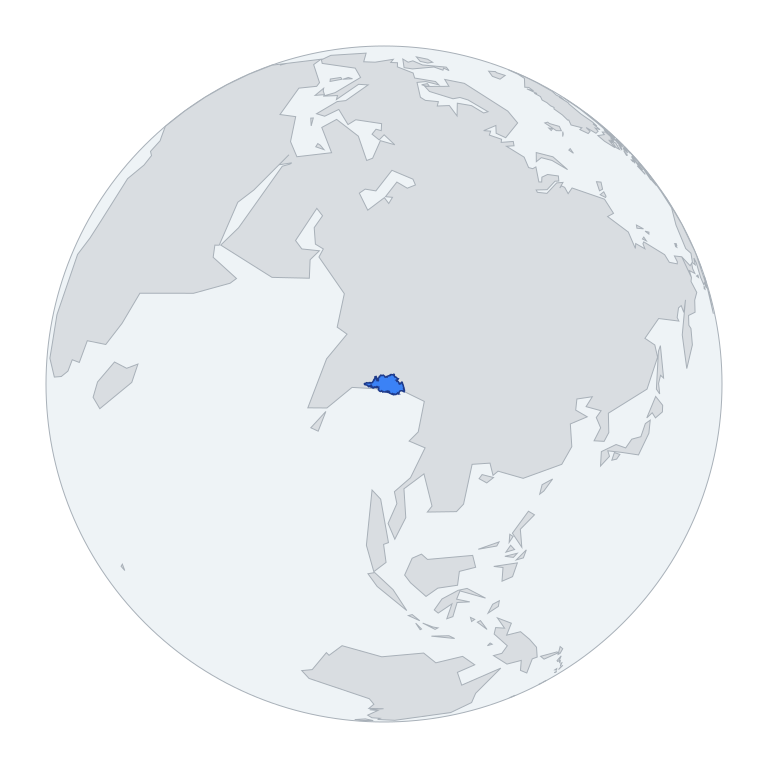 Odisha on an orthographic globe, rotated 45°
{"feature_id": "IND-2444", "entity_name": "Odisha", "entity_type": "State", "adm_level": 1, "iso_a3": "IND", "parent_name": "India", "parent_adm1": "", "projection": "orthographic", "projection_center": [83.889, 20.172], "detail": "fine", "context": "on_globe", "style": "filled", "palette": "blue", "viewbox_px": 768, "rotation_deg": 45, "n_neighbors": 0, "source": "natural_earth", "source_scale": "10m", "svg_char_len": 15312}
<svg xmlns="http://www.w3.org/2000/svg" viewBox="0 0 768 768"><g transform="rotate(45 384 384)"><circle cx="384" cy="384" r="338" fill="#eef3f6" stroke="#a8b0b8"/><path d="M509.7,70.3L511.8,71.2L527.0,77.9L516.2,73.3L551.4,90.8L567.2,101.4L543.4,86.6L536.5,83.1L544.3,88.3L538.9,86.0L539.6,87.6L532.4,84.7L519.0,77.4L514.1,75.8L519.9,79.7L516.4,80.1L508.6,74.5L501.6,74.9L478.0,65.1L462.8,56.1L443.9,52.0L424.1,48.5L453.2,53.2L481.8,60.5L509.7,70.3ZM383.5,46.1L384.7,46.1L379.9,46.3L374.8,46.2L376.1,46.2L383.5,46.1ZM362.8,46.7L362.6,46.8L358.3,47.1L362.8,46.7ZM539.1,83.9L534.2,81.3L540.8,84.7L539.1,83.9ZM540.9,88.3L544.0,90.0L543.0,90.2L540.9,88.3ZM531.1,86.3L528.6,86.7L528.9,85.0L531.1,86.3ZM525.6,86.0L519.7,87.9L526.1,91.3L504.6,83.5L516.8,83.9L516.1,81.0L520.5,84.1L525.6,86.0ZM389.8,46.1L388.2,46.1L386.6,46.1L389.8,46.1ZM421.8,48.2L425.9,48.8L415.9,47.7L426.3,49.2L415.7,48.5L407.6,47.6L406.3,47.1L403.3,47.3L393.8,46.2L404.2,46.7L421.8,48.2ZM493.7,79.4L490.3,79.1L491.3,78.1L493.7,79.4ZM385.1,46.3L390.1,46.3L395.1,46.8L386.1,46.9L387.4,46.6L385.1,46.3ZM434.2,50.3L436.3,51.1L428.3,50.6L428.1,51.0L415.9,48.6L434.2,50.3ZM383.9,46.6L381.4,47.0L374.8,47.1L380.6,46.3L383.9,46.6ZM400.1,47.0L402.1,47.3L398.1,47.1L400.1,47.0ZM350.1,48.6L355.9,47.9L359.0,48.0L350.1,48.6ZM380.9,47.3L383.2,47.3L385.1,47.4L382.2,47.8L380.9,47.3ZM411.2,48.8L407.4,48.7L415.7,49.7L410.1,49.9L403.0,48.5L403.7,49.2L402.0,49.3L398.1,48.1L411.2,48.8ZM384.8,48.8L373.9,48.0L362.4,48.8L359.4,48.6L378.3,47.4L384.8,48.8ZM393.0,48.4L387.2,48.5L386.3,47.9L389.7,47.5L393.0,48.4ZM408.8,50.7L419.3,50.7L420.5,51.1L408.8,50.7ZM381.7,49.1L384.4,49.4L381.0,49.2L381.7,49.1ZM400.7,50.2L404.2,50.0L405.5,50.4L400.7,50.2ZM386.9,50.3L383.3,49.9L385.5,49.4L386.9,50.3ZM393.3,50.3L394.2,51.0L388.4,49.5L394.7,50.1L393.3,50.3ZM401.3,50.6L403.2,50.8L399.6,50.7L401.3,50.6ZM380.7,52.8L372.8,51.1L377.6,49.8L384.6,51.6L380.7,52.8ZM79.4,237.7L109.8,198.9L108.4,207.9L125.3,216.5L125.9,221.1L114.6,235.0L119.9,267.0L132.5,257.4L146.5,278.7L161.7,284.9L183.4,257.5L158.6,246.6L163.4,230.4L190.6,226.9L213.7,238.2L216.3,232.4L209.4,214.5L222.5,207.2L207.9,207.7L208.0,214.8L198.9,215.8L198.2,209.5L202.9,206.8L198.2,201.6L177.2,217.1L175.1,226.0L157.9,221.8L152.7,236.6L145.2,240.6L151.2,217.4L156.6,210.6L161.3,183.7L154.1,190.1L149.2,216.5L147.2,212.9L137.4,223.5L143.4,212.6L150.7,183.8L140.3,181.0L113.6,201.0L110.5,199.0L114.0,189.2L137.4,162.7L141.8,170.5L150.2,162.7L161.0,147.8L161.4,151.9L166.4,147.3L169.2,150.3L184.7,143.5L189.3,146.0L206.5,133.7L211.2,133.7L199.7,140.6L194.1,147.4L207.0,155.5L212.7,154.2L222.8,145.9L225.1,149.8L233.3,140.9L246.1,142.8L237.3,133.6L249.0,125.3L262.8,121.9L265.0,117.9L242.6,123.7L235.1,127.7L231.1,133.5L209.3,145.0L202.5,144.7L219.4,127.6L211.6,125.7L228.2,114.6L278.6,103.5L293.9,104.9L295.9,123.8L286.0,127.4L280.3,122.1L275.3,134.4L280.6,129.8L282.5,133.5L294.1,127.8L296.0,130.3L303.9,121.1L307.5,123.6L302.5,129.3L322.7,124.5L333.2,128.7L336.9,126.6L337.9,123.1L350.6,131.6L352.7,129.7L349.4,126.1L351.5,120.2L360.2,113.6L364.1,116.9L361.5,119.7L361.9,131.3L354.4,139.2L356.9,140.0L364.4,134.0L363.9,119.7L368.0,114.9L369.7,121.1L369.4,118.4L372.7,117.2L379.6,119.2L378.4,112.4L409.2,97.4L425.6,101.0L423.7,107.5L449.3,103.8L465.9,110.4L462.7,106.7L472.9,103.9L467.9,101.7L467.2,99.8L491.0,94.1L499.7,96.2L506.4,91.7L504.9,90.1L498.8,88.1L504.6,83.5L526.1,91.3L528.6,94.4L540.4,98.1L544.4,105.0L553.2,113.3L550.9,120.2L558.0,126.9L561.8,127.7L574.4,138.3L587.2,159.0L560.2,138.4L537.7,111.3L545.4,121.4L538.7,118.4L538.4,121.9L544.3,129.7L548.0,131.0L531.9,143.5L536.2,167.2L547.9,164.9L558.5,171.6L573.6,201.6L563.3,246.0L577.3,259.4L580.2,268.9L572.7,275.6L568.2,261.8L557.8,257.6L556.4,249.4L542.9,257.1L540.3,245.7L531.0,258.2L538.0,266.9L550.9,263.5L544.0,280.5L561.1,295.5L566.5,315.1L549.1,352.3L526.3,365.0L525.7,371.5L514.9,365.0L503.1,378.5L525.2,412.7L525.5,423.0L505.2,443.9L504.3,436.4L475.8,419.3L472.2,444.0L493.9,463.1L501.4,486.1L485.5,479.7L477.7,459.5L467.5,452.8L469.0,431.5L458.2,400.1L442.1,406.6L442.1,393.7L424.8,367.8L400.9,376.0L363.8,409.0L360.6,441.3L347.0,454.7L325.6,406.8L322.6,374.9L310.7,376.9L292.1,348.2L248.2,340.2L245.6,331.4L236.6,333.6L224.1,322.8L221.6,308.5L212.3,307.3L220.0,345.1L230.4,346.6L244.1,335.5L243.9,348.4L256.4,362.0L229.4,387.8L170.3,401.2L170.7,376.4L158.1,301.9L161.9,295.2L162.1,294.4L162.4,292.8L154.8,303.2L154.7,289.1L154.8,338.8L152.1,358.9L169.3,402.4L166.2,405.4L173.6,415.2L205.1,413.7L203.9,421.6L185.2,454.5L147.2,492.4L155.9,526.4L159.3,552.8L143.6,563.2L153.3,584.2L146.4,587.3L151.4,598.4L150.5,606.9L146.0,612.2L129.5,602.0L121.9,591.4L103.7,566.2L75.7,509.0L72.9,488.7L68.7,469.4L57.5,420.1L59.5,398.9L58.1,386.9L54.4,384.6L53.7,370.3L52.1,367.1L47.2,356.4L50.1,331.8L54.8,307.5L61.3,283.7L69.5,260.4L79.4,237.7ZM88.3,226.4L85.0,232.1L88.3,226.4ZM231.6,266.5L249.6,272.6L252.5,252.0L259.7,253.0L258.0,246.0L252.6,250.5L250.3,232.1L262.0,229.1L265.5,221.0L259.6,218.7L238.5,227.3L241.7,253.2L232.9,259.5L231.6,266.5ZM190.9,122.1L188.0,126.1L181.4,130.3L175.6,129.8L185.2,123.5L190.9,122.1ZM185.6,131.2L204.0,115.9L208.4,116.4L202.8,118.5L203.8,120.4L195.2,124.5L181.3,141.1L174.5,146.1L167.5,140.9L173.5,139.4L175.9,135.1L185.6,131.2ZM243.4,84.3L251.5,80.1L250.5,86.4L243.1,89.8L236.8,88.8L241.9,84.3L243.4,84.3ZM337.2,49.3L350.2,47.8L369.3,46.4L373.4,46.6L371.2,47.1L367.2,47.4L365.8,47.0L361.5,47.8L356.4,47.6L352.6,48.3L325.5,51.3L327.7,50.9L309.3,54.5L308.8,54.6L337.2,49.3ZM267.5,66.8L278.8,62.9L296.1,58.1L301.7,57.9L306.1,56.2L310.1,55.9L304.9,57.3L315.2,54.9L317.1,55.2L332.5,53.8L346.3,51.3L352.2,51.1L347.8,52.3L356.9,51.4L352.5,53.7L356.7,53.9L356.6,56.8L345.6,59.7L351.1,59.7L351.3,62.5L342.6,65.6L342.7,62.9L333.1,68.6L328.0,66.7L327.3,67.5L319.9,67.6L309.7,69.3L308.7,68.2L305.1,69.5L300.2,69.9L295.0,71.4L291.4,70.1L284.7,72.1L286.8,70.4L276.3,74.3L282.5,71.0L276.7,71.9L273.7,74.6L267.2,68.6L259.7,70.2L249.9,73.9L258.8,70.1L267.5,66.8ZM380.2,53.6L368.3,56.4L359.6,57.1L363.4,51.9L360.2,51.5L362.4,49.2L374.9,48.5L373.1,49.1L374.3,49.7L369.9,49.6L374.3,50.1L372.1,51.1L374.9,51.9L370.2,52.5L380.2,53.6ZM132.2,217.5L133.7,219.7L137.3,221.5L131.2,228.6L132.2,217.5ZM136.7,197.8L138.8,198.2L131.9,208.2L130.4,206.3L136.7,197.8ZM145.9,190.4L139.5,197.5L142.0,192.5L145.9,190.4ZM202.3,140.9L205.3,141.3L203.3,143.5L199.0,145.8L202.3,140.9ZM313.1,85.7L314.6,83.1L316.9,82.8L325.8,77.9L330.3,79.5L326.7,83.0L313.1,85.7ZM175.8,260.7L168.0,264.5L167.2,260.8L170.1,260.2L175.8,260.7ZM145.9,245.9L150.0,253.0L144.2,247.8L145.9,245.9ZM319.5,86.5L322.7,84.2L323.0,86.5L319.5,86.5ZM334.0,80.5L335.4,82.7L331.9,79.1L334.0,80.5ZM326.4,696.4L332.6,699.2L327.0,698.8L326.4,696.4ZM204.5,561.2L200.5,602.4L187.7,599.1L180.0,585.1L177.9,559.0L190.9,554.9L195.9,543.9L204.5,561.2ZM575.5,530.7L583.8,530.7L583.3,532.2L575.5,530.7ZM567.0,527.1L576.7,526.1L565.0,530.5L567.0,527.1ZM580.4,525.7L590.3,521.3L594.6,518.3L593.6,521.4L580.4,525.7ZM560.3,528.1L522.3,532.0L506.8,529.5L510.8,523.9L535.8,523.0L560.3,528.1ZM509.5,523.9L485.6,510.5L450.5,467.4L463.1,467.8L499.3,493.0L497.1,497.7L511.6,508.7L509.5,523.9ZM566.4,490.3L563.9,504.5L543.3,505.8L533.7,504.5L527.1,487.3L530.8,477.8L538.8,477.3L567.9,442.5L578.4,448.8L569.8,463.2L578.3,474.3L566.4,490.3ZM362.3,444.5L370.8,463.9L363.2,466.7L362.3,444.5ZM578.3,418.8L567.5,434.2L577.0,414.3L578.3,418.8ZM583.1,400.5L584.5,407.5L579.2,401.3L583.1,400.5ZM526.6,381.3L518.2,383.7L517.4,378.7L527.6,372.7L526.6,381.3ZM570.4,331.9L572.7,346.6L572.0,351.8L567.0,343.4L570.4,331.9ZM362.2,102.6L344.8,107.1L335.2,112.7L334.5,119.1L328.0,112.7L342.8,103.9L362.2,102.6ZM403.0,97.3L403.5,92.7L408.2,94.2L408.8,95.4L403.0,97.3ZM399.8,95.0L391.2,90.7L394.7,87.8L400.8,91.7L399.8,95.0ZM354.8,86.9L349.3,87.9L349.2,85.9L354.8,86.9ZM600.6,642.0L607.7,633.9L614.4,629.6L605.4,638.4L600.6,642.0ZM596.2,616.9L539.2,645.2L528.5,644.8L535.2,636.7L533.2,614.7L537.0,614.7L539.4,598.7L575.3,578.5L602.3,546.2L617.8,544.5L632.2,521.0L646.7,518.4L639.8,536.0L651.9,542.0L667.5,502.3L667.5,537.9L671.2,547.3L663.5,569.1L629.4,614.2L616.7,625.7L617.6,623.2L611.4,628.6L606.6,629.7L610.5,619.2L604.2,624.5L613.3,613.9L602.7,624.1L603.3,617.6L596.2,616.9ZM694.6,517.0L696.6,511.8L696.8,511.7L696.2,513.4L694.6,517.0ZM706.0,486.6L705.8,487.0L706.8,483.9L706.4,485.3L706.0,486.6ZM706.9,483.5L708.2,479.0L707.1,483.0L706.9,483.5ZM708.4,467.7L709.3,465.1L709.3,466.4L708.4,467.7ZM595.8,528.8L607.9,516.1L613.9,514.0L595.8,528.8ZM708.3,464.3L706.9,465.4L707.4,463.1L708.3,464.3ZM709.1,459.3L709.4,456.4L709.3,462.5L709.1,459.3ZM706.9,455.4L708.3,458.9L706.6,456.2L706.9,455.4ZM705.6,457.1L704.2,456.0L704.4,455.0L705.6,457.1ZM683.2,473.5L689.3,487.4L683.0,490.0L676.5,482.4L669.0,495.1L653.5,498.6L657.8,491.1L656.3,481.9L638.7,482.9L635.2,477.3L641.9,471.4L629.6,469.2L643.2,463.1L648.3,474.9L655.7,462.6L667.5,461.6L678.0,462.3L685.4,468.8L683.2,473.5ZM642.2,492.1L644.5,491.5L642.2,495.9L642.2,492.1ZM701.5,450.9L703.5,455.6L703.1,457.4L702.0,457.3L701.5,450.9ZM687.3,465.8L695.7,451.2L697.4,450.5L691.7,465.4L687.3,465.8ZM694.2,445.1L697.6,444.8L699.0,450.0L698.3,452.1L694.2,445.1ZM614.6,486.3L613.9,490.0L610.2,487.9L614.6,486.3ZM619.5,483.1L630.4,484.7L618.4,486.4L619.5,483.1ZM584.0,476.6L587.5,484.8L598.7,477.4L590.2,486.8L597.2,499.8L594.4,505.6L587.5,491.4L584.3,507.7L579.3,508.2L577.0,495.0L582.3,477.5L587.3,469.8L607.2,463.6L584.0,476.6ZM619.6,472.5L616.6,462.9L618.8,455.7L622.1,460.4L619.6,472.5ZM606.9,440.0L597.9,429.6L590.6,435.4L604.8,416.2L611.1,429.3L606.9,440.0ZM598.1,415.1L591.3,420.4L597.9,409.5L598.1,415.1ZM589.1,416.7L587.6,408.5L593.4,408.7L589.1,416.7ZM601.9,414.9L601.9,400.6L605.5,408.4L601.9,414.9ZM583.1,390.3L596.9,402.0L580.3,398.7L576.1,371.8L582.9,370.1L583.1,390.3ZM599.0,276.8L595.4,269.6L600.6,267.0L601.6,272.6L599.0,276.8ZM614.1,254.2L600.8,264.0L589.5,273.0L594.6,275.7L595.1,288.9L585.5,278.1L590.9,262.7L600.1,258.3L598.2,247.8L602.9,239.6L596.8,227.2L597.8,221.3L606.1,231.5L614.1,254.2ZM593.8,222.2L584.9,200.7L596.1,202.0L600.6,206.9L599.9,216.0L594.0,214.7L593.8,222.2ZM586.0,196.1L580.2,195.0L554.9,166.8L552.3,161.4L577.5,182.1L573.4,182.3L577.7,189.4L586.0,196.1ZM493.1,80.7L490.5,79.2L494.3,80.3L493.1,80.7ZM464.2,98.7L463.8,96.4L468.3,97.3L464.2,98.7ZM465.3,90.7L460.5,91.3L464.0,89.3L465.3,90.7ZM450.1,93.1L457.8,90.8L452.7,95.0L450.1,93.1Z" fill="#d9dde1" stroke="#a8b0b8" stroke-width="1"/><path d="M403.7,375.3L402.9,375.6L402.7,375.7L402.2,375.7L401.7,375.9L401.4,376.1L400.6,377.0L400.4,377.5L400.2,377.9L400.3,378.5L401.0,380.1L400.9,380.3L400.7,380.2L400.5,380.3L401.1,380.4L401.2,380.6L400.9,380.7L401.1,380.8L401.4,380.7L401.2,381.0L400.7,381.2L399.8,382.0L399.7,382.3L399.7,382.7L399.9,382.5L400.0,382.6L400.1,382.3L399.9,382.9L399.5,383.1L399.8,383.0L399.2,383.5L398.5,383.7L398.4,383.8L398.3,384.3L397.9,384.8L398.1,384.9L397.9,385.0L397.6,384.9L397.2,384.5L396.9,384.5L396.6,384.3L396.6,384.1L396.6,384.5L397.0,384.7L397.3,384.8L397.4,385.0L397.8,385.1L397.2,385.4L396.2,385.9L395.9,385.9L394.9,386.2L394.5,386.3L394.2,386.4L393.6,386.6L393.2,386.8L392.7,387.0L392.7,386.8L392.5,386.7L393.1,386.5L393.4,386.5L393.3,386.4L393.3,385.7L392.8,385.6L392.6,385.6L391.9,386.2L391.7,386.3L391.4,386.5L391.3,386.9L391.2,386.9L391.1,387.1L391.0,387.4L390.9,387.5L391.0,387.6L390.9,387.6L390.7,387.8L390.8,387.9L390.9,388.1L391.0,387.9L391.3,387.8L391.3,387.6L391.5,387.6L391.2,387.5L391.4,387.5L391.5,387.3L391.5,387.2L391.9,387.1L392.1,386.9L392.3,386.9L392.4,387.1L392.0,387.4L392.0,387.2L391.9,387.2L391.9,387.4L391.9,387.5L392.0,387.5L393.4,386.8L392.0,387.5L391.2,388.1L390.6,388.7L390.2,389.0L389.5,389.6L389.0,390.2L388.9,390.0L388.5,390.0L388.4,390.0L388.4,390.4L388.2,390.3L387.8,390.5L387.5,390.7L387.2,390.7L387.3,390.9L387.2,391.0L387.0,391.5L386.8,391.5L386.6,391.9L386.4,392.0L386.0,392.1L385.5,392.2L385.0,392.0L384.6,392.0L384.1,392.1L383.8,391.7L383.5,390.9L383.3,390.9L383.2,390.9L383.2,391.0L383.2,391.3L383.0,390.8L382.6,390.5L382.5,390.1L382.4,390.2L382.3,390.4L382.1,390.6L381.9,390.9L381.8,390.6L381.6,390.5L381.6,390.8L381.6,391.0L381.4,391.1L380.9,390.9L380.7,391.0L380.9,391.3L381.0,391.5L381.2,391.8L380.9,392.0L380.5,392.3L380.2,392.4L379.9,392.3L379.7,392.3L379.4,392.8L379.2,393.0L379.2,393.3L379.3,393.6L379.5,393.6L379.2,394.1L379.3,394.3L379.2,394.5L378.8,394.7L378.5,394.7L378.4,394.7L378.3,394.4L378.0,394.2L377.9,394.3L377.8,394.6L377.7,394.8L377.2,395.1L377.1,395.4L376.7,395.4L376.7,395.1L376.8,394.9L376.7,394.7L376.4,394.4L376.2,393.8L375.9,393.7L375.7,394.0L375.5,394.3L375.5,394.6L375.4,394.9L375.4,395.0L375.2,395.6L375.4,395.9L375.3,396.1L375.3,396.4L375.3,396.5L375.0,396.5L374.8,396.8L374.4,396.8L374.1,396.5L373.9,396.5L373.6,396.5L373.4,396.7L373.0,396.7L372.4,397.1L371.9,397.3L371.7,397.5L371.0,397.9L370.7,397.7L370.5,398.0L370.0,397.8L370.0,397.4L370.3,397.4L370.3,397.1L370.5,396.9L370.5,396.4L370.6,396.2L370.8,395.8L370.7,395.5L370.9,395.2L371.4,395.0L371.6,394.8L371.9,394.7L372.3,394.1L372.6,393.9L372.8,393.6L373.1,393.4L373.1,393.2L372.9,393.1L373.1,392.9L373.4,392.6L373.8,392.5L374.0,392.2L374.2,392.4L374.3,392.1L374.4,391.6L374.5,391.5L374.7,391.4L374.7,390.8L374.6,390.5L374.6,390.3L374.4,390.1L374.4,389.9L374.3,389.5L374.3,389.3L374.4,389.0L374.2,388.8L374.4,388.6L374.3,388.4L374.1,388.3L374.0,388.0L373.7,387.9L373.7,387.1L373.7,386.8L373.7,386.3L373.6,386.2L373.3,386.2L373.1,385.8L372.6,385.5L372.5,385.3L372.5,385.1L372.8,384.7L373.0,384.6L373.2,384.3L373.6,384.7L373.7,384.9L373.8,384.9L373.9,384.6L374.0,384.6L374.4,384.9L374.4,385.1L374.7,385.1L375.1,385.9L375.2,386.0L375.4,385.7L375.5,385.7L376.2,385.7L376.4,385.9L376.7,385.9L376.7,386.4L376.8,386.3L377.5,385.9L377.3,385.6L377.4,385.2L377.2,385.0L376.9,385.1L376.7,384.9L376.3,384.8L375.8,384.6L375.8,384.4L376.0,384.0L375.9,383.2L375.9,382.3L375.7,382.3L375.7,382.0L375.4,381.8L375.6,381.0L375.5,380.6L375.5,379.9L375.8,379.8L375.8,380.0L376.1,379.9L376.4,379.5L376.7,379.4L376.9,378.9L377.1,378.6L377.1,378.3L377.2,378.2L377.8,378.2L378.0,378.2L378.9,378.0L379.3,378.3L379.5,378.4L379.9,378.4L380.1,378.3L380.2,378.1L380.4,377.6L380.5,377.4L380.5,377.1L380.8,377.0L381.1,377.1L381.3,377.0L381.2,376.8L381.0,376.5L380.9,376.2L381.1,375.7L381.6,374.7L381.7,374.4L381.8,374.3L382.0,374.2L382.3,373.7L382.0,373.5L381.9,373.4L382.0,373.1L382.3,372.9L382.1,372.6L382.6,372.0L383.1,371.7L383.7,371.2L384.2,371.1L384.4,371.0L384.5,370.8L384.6,370.6L384.6,370.4L384.4,370.1L384.6,370.1L385.0,370.3L385.4,370.9L385.6,371.1L385.9,371.1L386.3,371.3L386.9,371.3L387.3,371.0L387.4,370.8L387.4,370.7L388.6,370.7L388.8,370.6L389.0,370.6L389.6,370.7L389.8,370.6L390.0,370.5L390.4,370.2L390.6,370.9L390.6,371.2L390.6,371.5L390.3,371.9L390.0,372.6L390.3,372.5L390.6,372.5L391.1,372.8L391.3,373.0L391.8,372.4L392.3,372.2L392.5,372.2L393.1,372.5L393.8,372.7L394.2,372.6L394.4,372.4L394.4,372.5L394.3,373.0L394.6,373.2L394.9,373.2L395.1,373.0L395.4,372.5L395.4,372.4L395.5,372.0L395.3,371.7L395.5,371.4L395.5,371.2L395.4,370.7L395.2,370.4L395.2,370.2L395.5,370.1L395.6,369.9L395.8,369.9L396.1,370.2L397.1,370.7L397.5,371.2L398.2,371.1L398.8,371.5L399.1,371.7L399.3,371.8L399.4,372.0L399.7,372.1L400.1,372.4L400.4,372.4L400.8,372.6L401.0,372.8L401.0,373.0L401.0,373.3L401.2,373.6L401.3,373.6L401.5,373.4L401.7,373.2L402.1,373.3L402.3,373.8L402.4,374.1L403.3,374.3L403.4,374.8L403.7,375.3Z" fill="#3b82f6" stroke="#1e3a8a" stroke-width="1.5"/></g></svg>